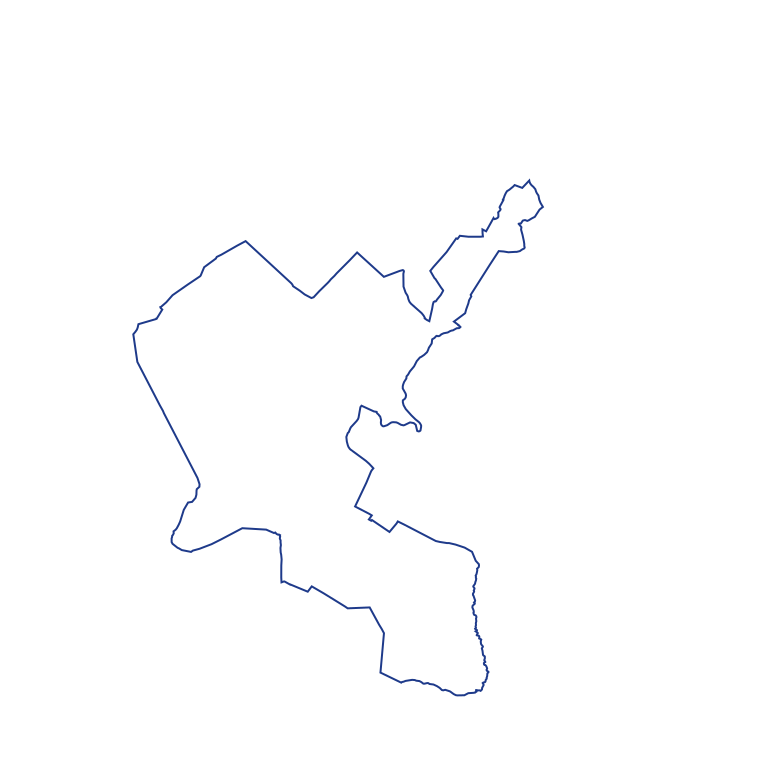 Mixquiahuala de Juárez, Hidalgo, Mexico (Robinson projection), rotated 121°
{"feature_id": "50627088B68378363508666", "entity_name": "Mixquiahuala de Juárez", "entity_type": "district", "adm_level": 2, "iso_a3": "MEX", "parent_name": "Mexico", "parent_adm1": "Hidalgo", "projection": "robinson", "projection_center": [-99.19, 20.233], "detail": "fine", "context": "isolated", "style": "outline", "palette": "blue", "viewbox_px": 768, "rotation_deg": 121, "n_neighbors": 0, "source": "geoboundaries", "source_scale": "gbopen_adm2", "svg_char_len": 6166}
<svg xmlns="http://www.w3.org/2000/svg" viewBox="0 0 768 768"><g transform="rotate(121 384 384)"><path d="M631.1,215.4L630.2,215.1L629.1,213.9L627.4,212.6L623.1,207.5L621.9,205.1L621.7,203.6L620.4,200.6L620.3,198.4L620.6,196.0L619.9,194.8L618.6,193.5L617.8,192.5L617.6,191.9L617.7,190.5L616.1,186.8L615.7,183.0L615.8,179.8L616.5,176.8L616.1,175.5L614.6,174.0L613.7,170.1L613.5,168.9L613.9,164.5L613.7,162.1L613.1,160.7L609.4,154.8L605.6,152.5L602.6,148.2L601.6,147.0L601.0,147.0L600.2,146.3L599.8,146.3L599.2,147.3L598.9,147.4L598.7,147.0L598.2,145.6L597.3,144.1L597.3,143.2L596.9,143.0L595.4,142.7L593.8,143.4L591.4,143.5L590.7,143.6L590.2,144.0L589.8,145.0L589.5,145.4L588.7,145.1L587.5,143.9L586.8,143.8L585.2,144.4L583.7,144.2L583.1,144.7L581.3,145.1L578.9,146.3L578.3,146.3L577.5,146.0L577.1,146.1L576.8,146.4L576.9,147.6L576.5,148.6L576.1,148.9L574.9,149.0L574.5,149.3L573.2,151.0L572.7,152.3L573.0,153.0L572.9,153.7L572.4,154.2L571.8,154.6L571.2,154.6L570.2,154.0L569.8,154.3L569.3,155.6L568.6,156.0L567.6,156.1L565.8,157.1L565.5,157.6L565.5,158.7L565.2,159.6L561.9,162.2L560.2,164.0L558.5,163.9L558.0,164.1L557.1,166.6L556.2,167.5L554.6,168.6L553.0,169.0L552.9,169.4L553.1,171.4L551.8,171.9L551.2,172.5L551.0,173.1L551.6,174.8L551.5,175.2L550.4,175.3L549.5,175.2L549.1,175.4L548.8,177.9L548.1,177.3L547.6,177.3L547.1,177.6L547.0,179.6L546.8,179.9L545.6,179.6L544.6,180.7L543.4,180.9L541.7,182.1L539.8,182.7L537.7,184.3L536.5,184.6L535.6,185.2L535.1,186.3L535.4,187.8L535.0,188.5L534.1,189.5L533.3,189.5L531.9,190.6L530.1,193.1L528.7,193.8L526.8,193.5L526.3,193.1L525.6,193.1L525.1,193.3L524.9,194.3L523.4,194.1L522.6,194.4L519.2,198.5L519.0,199.1L518.0,199.7L515.6,199.8L515.1,200.2L514.8,200.7L513.7,200.8L512.5,201.2L512.0,202.6L511.4,203.3L508.3,203.1L506.7,203.7L505.1,204.0L503.3,204.7L502.9,205.4L501.7,206.0L501.1,206.7L499.4,206.8L497.2,207.5L495.4,208.2L494.4,209.1L492.2,208.5L490.8,209.0L489.6,209.9L488.3,214.3L482.5,222.1L482.7,230.6L484.8,240.0L486.8,246.2L488.0,248.3L490.6,254.7L491.9,258.7L494.1,294.2L494.7,301.4L497.1,301.4L508.0,303.1L506.8,324.3L507.8,324.5L507.9,327.2L502.9,326.8L502.9,329.8L503.9,345.7L477.5,348.3L466.1,350.0L464.6,350.1L461.7,349.7L460.0,355.7L459.2,360.0L457.4,379.1L457.1,380.2L456.2,382.1L455.2,383.4L452.5,386.2L448.8,389.0L444.7,389.8L443.4,389.4L439.7,390.0L438.1,390.1L429.8,388.4L427.4,388.2L425.9,388.5L416.0,392.3L414.2,392.1L412.7,378.5L411.7,376.0L412.2,375.7L412.7,374.6L413.1,372.6L413.5,372.1L413.8,370.6L416.4,367.9L418.4,367.0L419.8,366.0L420.5,364.9L420.8,363.4L420.4,362.4L417.6,360.0L413.7,358.2L412.8,357.5L412.0,356.5L410.6,353.8L410.3,352.3L410.2,348.4L409.4,346.0L408.7,345.3L403.5,341.9L402.2,338.4L402.6,335.8L407.1,331.4L406.9,330.1L406.2,329.2L405.1,328.8L401.9,330.0L400.7,330.6L400.2,331.1L399.2,332.8L398.7,334.3L398.1,338.8L396.8,344.3L394.3,352.4L392.1,356.3L389.9,358.5L388.3,359.4L385.9,358.5L384.3,358.5L382.3,359.3L381.1,360.5L378.2,365.6L376.2,366.8L374.6,367.3L372.0,367.8L367.7,367.7L366.2,368.5L365.7,368.6L363.6,368.2L359.9,368.3L353.4,367.3L347.5,367.7L342.8,366.9L341.6,366.1L338.4,364.6L334.6,363.5L332.3,363.7L329.8,364.2L324.7,364.0L320.9,365.7L318.6,364.5L316.0,363.9L315.5,363.5L315.3,362.6L314.7,361.6L313.3,360.8L312.0,360.5L309.8,359.0L307.0,355.9L304.5,354.5L303.3,353.5L302.6,352.6L298.8,350.4L297.4,348.4L295.9,347.8L295.6,348.0L295.4,350.4L295.1,350.4L294.5,356.2L281.5,350.9L277.6,352.0L271.5,353.2L268.4,354.2L263.9,354.3L263.0,355.6L226.9,354.7L211.0,354.1L208.8,349.7L207.0,345.2L202.9,339.2L202.3,338.2L200.1,336.0L197.8,335.0L195.5,333.6L194.4,333.8L193.5,334.8L191.7,335.9L189.4,337.8L184.8,342.1L181.1,346.0L178.8,347.0L177.4,351.0L177.0,350.9L175.8,349.3L172.5,349.2L171.3,348.1L170.8,347.3L170.4,345.2L169.2,344.3L166.1,342.7L163.0,340.8L154.4,340.5L150.4,339.0L148.1,343.2L146.0,345.9L142.9,348.7L141.7,351.3L140.7,352.8L139.1,354.6L138.1,357.4L137.6,360.0L136.8,362.0L135.6,363.6L134.8,364.3L144.7,366.5L146.2,374.5L148.1,374.9L152.9,376.6L155.4,377.9L157.9,377.9L160.6,377.6L162.9,377.1L164.8,377.0L164.8,376.4L172.4,376.1L173.2,375.8L174.0,374.2L174.6,373.9L176.4,374.1L177.8,374.5L178.4,374.4L179.1,373.7L181.7,372.1L183.1,372.2L184.2,372.8L185.7,374.1L185.7,374.9L185.3,375.6L200.5,375.1L200.8,379.2L203.8,377.3L206.6,375.2L208.1,377.2L214.2,387.3L217.9,395.3L221.7,395.7L222.0,397.1L238.7,398.3L258.1,401.9L263.2,402.6L267.4,395.0L267.4,394.2L271.9,384.9L273.3,381.5L274.2,381.3L278.5,381.2L284.7,382.1L285.6,382.0L286.5,382.2L286.7,382.3L286.9,383.0L288.2,383.7L290.6,383.1L294.7,381.5L306.8,377.5L307.0,380.2L306.8,382.9L306.3,383.0L305.0,385.2L303.9,388.1L301.3,402.1L300.6,404.1L300.0,405.1L298.6,406.9L296.8,408.6L296.0,409.7L294.6,412.5L290.5,417.4L280.5,423.6L279.5,424.2L277.3,424.9L276.7,425.5L276.6,426.1L276.7,426.6L279.0,428.8L292.2,439.3L285.1,474.8L295.4,477.1L313.6,481.6L316.9,482.2L321.7,483.5L323.9,483.8L326.3,484.3L337.8,487.3L345.9,489.0L347.7,490.5L348.1,498.1L347.4,504.2L347.0,512.3L346.0,513.7L345.4,515.3L332.8,576.2L341.0,581.1L356.9,590.0L361.2,592.8L362.3,592.8L363.0,592.7L376.5,598.3L385.4,597.0L386.3,597.1L400.0,603.5L416.8,611.0L426.1,612.7L432.8,614.9L433.3,615.3L433.9,614.5L434.4,612.4L445.1,612.5L445.2,612.9L445.9,613.0L459.2,625.3L462.5,624.2L464.6,623.8L467.3,624.0L470.5,624.5L492.1,606.8L517.7,565.2L520.9,559.6L522.4,557.6L560.6,495.5L564.9,490.5L567.2,489.3L570.6,490.3L571.9,489.8L575.5,487.8L578.7,486.9L583.9,487.8L586.5,490.9L595.0,490.8L606.9,487.9L610.4,487.5L614.5,487.3L616.4,487.6L618.7,488.5L620.4,487.3L622.0,487.2L623.2,487.4L624.4,486.8L625.8,486.5L628.9,484.6L629.9,482.9L630.7,476.6L630.5,475.0L630.5,471.8L627.3,462.9L625.2,462.0L620.3,457.3L610.1,449.3L601.1,443.6L580.6,431.2L569.5,410.0L568.4,401.5L567.3,400.7L567.9,398.8L567.7,397.1L567.3,396.8L567.1,396.3L567.1,395.2L567.9,395.0L568.3,394.4L569.8,393.9L570.4,393.4L571.3,392.1L573.0,391.1L575.2,389.4L577.9,388.3L581.6,385.8L583.3,384.2L587.1,381.4L592.4,378.6L602.8,372.4L606.8,369.7L604.8,368.1L604.5,367.5L604.3,361.2L604.1,361.2L601.3,342.4L594.7,341.7L594.5,327.8L594.8,303.0L595.0,299.6L582.9,281.2L592.8,264.3L595.2,259.7L597.6,255.7L633.2,238.4L631.1,215.4Z" fill="none" stroke="#1e3a8a" stroke-width="2"/></g></svg>